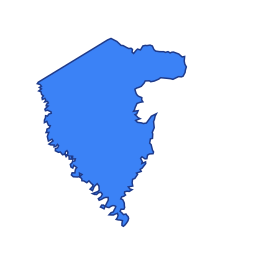 Panambi, Rio Grande do Sul, Brazil, rotated 248°
{"feature_id": "56859067B98821100508449", "entity_name": "Panambi", "entity_type": "district", "adm_level": 2, "iso_a3": "BRA", "parent_name": "Brazil", "parent_adm1": "Rio Grande do Sul", "projection": "albers", "projection_center": [-53.56, -28.356], "detail": "fine", "context": "isolated", "style": "filled", "palette": "blue", "viewbox_px": 256, "rotation_deg": 248, "n_neighbors": 0, "source": "geoboundaries", "source_scale": "gbopen_adm2", "svg_char_len": 3437}
<svg xmlns="http://www.w3.org/2000/svg" viewBox="0 0 256 256"><g transform="rotate(248 128 128)"><path d="M63.9,77.5L62.3,79.1L61.3,80.6L61.8,82.9L61.8,84.8L61.1,86.2L59.9,87.3L58.6,86.3L57.3,84.6L55.8,83.0L55.8,80.4L54.6,77.9L53.6,80.0L52.8,82.0L53.0,83.9L52.8,86.3L50.5,86.0L48.7,84.4L47.7,82.8L46.4,84.6L45.7,86.1L44.2,88.2L41.9,86.7L39.9,85.9L38.6,86.9L39.2,88.8L40.5,91.1L42.0,93.2L43.9,94.7L45.8,94.9L47.4,94.2L49.0,93.9L49.4,91.4L51.7,90.5L53.7,89.4L55.3,91.1L54.2,93.7L55.5,95.1L57.5,95.6L59.7,96.4L61.3,96.4L63.7,96.2L65.0,94.7L66.5,96.4L66.3,98.6L66.8,100.6L68.6,100.2L70.1,101.0L69.8,103.3L68.7,105.4L69.3,108.7L70.8,106.9L73.3,106.2L72.4,110.7L75.6,111.3L78.7,113.0L78.7,115.5L81.4,119.5L83.0,119.0L82.8,124.0L85.1,123.8L85.5,126.1L88.4,131.1L90.0,131.6L89.9,127.5L91.4,128.7L95.1,128.3L96.1,130.2L93.0,132.2L92.5,134.0L95.5,135.9L95.9,138.2L94.8,141.6L96.2,142.7L98.3,142.4L103.9,143.2L105.8,142.4L109.5,144.7L109.2,146.8L113.2,148.7L114.8,148.8L118.4,152.4L124.4,154.1L126.1,155.7L128.9,157.6L130.6,159.6L130.2,154.1L125.7,146.9L126.4,143.9L127.7,142.4L129.7,138.9L132.2,137.9L132.1,142.7L133.8,141.2L135.9,140.4L137.7,139.5L137.8,141.4L140.3,143.9L141.4,139.4L142.4,140.8L144.2,142.2L147.4,145.5L147.3,148.8L146.7,151.6L149.0,151.2L151.0,152.2L153.5,149.6L154.9,148.9L156.8,148.5L158.8,148.6L161.4,148.9L161.8,151.1L161.6,153.3L161.7,156.0L163.5,159.6L165.2,161.6L163.7,165.6L162.4,166.4L161.7,169.9L161.8,174.8L162.4,177.1L159.4,182.9L157.8,185.9L156.3,187.9L156.7,194.1L155.4,196.7L155.4,198.5L158.1,201.7L160.2,202.9L162.8,205.0L166.0,204.6L169.0,205.2L173.1,207.3L173.6,204.8L177.6,202.8L181.4,198.6L181.9,196.9L181.8,195.2L183.8,193.7L184.1,191.0L185.4,189.7L187.0,185.8L189.0,182.4L191.0,181.4L194.9,181.3L196.6,179.5L197.3,176.4L198.1,175.0L198.5,172.5L195.7,168.8L197.6,166.4L197.0,164.8L195.0,161.1L196.9,160.2L199.2,161.6L200.8,160.7L201.4,158.5L203.0,157.0L206.3,154.3L207.2,152.5L212.4,150.1L217.4,145.8L217.3,142.0L215.0,128.2L204.1,62.0L203.1,60.5L201.2,62.8L199.1,63.4L198.8,61.0L196.7,62.4L195.8,59.1L194.2,60.9L191.6,60.5L189.4,61.6L188.5,59.7L186.5,59.3L186.6,62.0L184.6,62.2L183.4,60.5L182.8,63.3L181.1,63.5L180.6,61.5L179.3,60.4L178.3,62.1L176.6,58.0L174.9,57.9L174.6,60.1L171.8,62.7L170.4,62.4L170.5,59.7L169.2,57.8L170.3,56.2L168.3,55.2L166.7,53.5L164.3,52.5L164.6,55.2L162.5,55.2L160.2,55.3L159.3,56.8L157.5,55.0L157.3,52.4L155.7,51.6L154.5,50.3L153.6,52.9L150.4,50.0L145.7,49.3L146.1,53.3L144.1,53.7L142.7,48.7L141.3,50.0L139.9,53.1L138.2,52.4L138.1,54.4L139.2,56.5L137.5,57.0L135.9,55.2L136.1,53.0L134.1,52.1L131.5,54.4L131.1,56.3L127.7,57.3L127.3,59.8L129.4,61.2L129.9,62.9L128.0,63.2L125.5,61.6L124.2,62.9L122.6,62.3L121.2,61.8L120.0,64.8L119.1,67.6L117.4,66.3L117.8,64.1L116.6,62.9L115.9,60.9L113.2,60.5L111.5,61.8L113.7,63.8L110.4,65.7L109.4,63.8L106.3,61.9L107.4,59.4L105.7,57.9L103.3,59.0L101.6,62.6L101.0,65.0L98.1,66.1L96.4,65.5L95.5,67.2L92.7,69.3L93.6,72.0L89.9,73.4L88.5,74.3L87.0,73.2L85.5,69.9L83.2,71.6L86.4,74.8L87.9,78.6L85.0,79.3L81.1,78.0L80.4,76.1L80.5,70.5L79.0,72.0L78.1,74.0L79.0,76.5L78.6,78.7L76.3,79.4L74.4,77.4L73.6,74.0L71.8,74.2L71.8,77.0L72.2,79.2L72.0,81.4L71.1,83.6L68.5,82.7L66.1,79.9L63.9,77.5ZM101.0,65.0L104.3,66.1L102.1,68.0L101.0,65.0ZM120.0,64.8L123.2,64.7L122.5,66.1L120.0,64.8ZM63.9,77.5L65.7,76.4L66.4,74.7L65.0,72.8L63.5,74.3L62.0,75.5L63.9,77.5ZM127.3,59.8L124.6,59.9L125.5,61.6L127.3,59.8Z" fill="#3b82f6" stroke="#1e3a8a" stroke-width="1.5"/></g></svg>